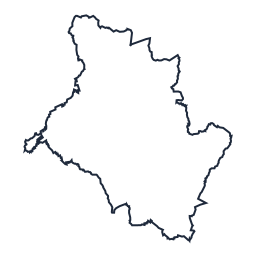 Tala, Jalisco, Mexico (Equal Earth projection)
{"feature_id": "50627088B29347766451470", "entity_name": "Tala", "entity_type": "district", "adm_level": 2, "iso_a3": "MEX", "parent_name": "Mexico", "parent_adm1": "Jalisco", "projection": "equal_earth", "projection_center": [-103.69, 20.61], "detail": "fine", "context": "isolated", "style": "outline", "palette": "slate", "viewbox_px": 256, "rotation_deg": 0, "n_neighbors": 0, "source": "geoboundaries", "source_scale": "gbopen_adm2", "svg_char_len": 5763}
<svg xmlns="http://www.w3.org/2000/svg" viewBox="0 0 256 256"><path d="M190.1,239.6L191.5,237.5L191.5,236.6L192.5,234.2L194.4,231.3L193.8,230.6L190.8,230.3L192.0,226.8L192.8,225.5L192.3,225.3L189.8,218.1L189.7,216.0L191.7,216.2L191.7,215.7L193.7,214.9L195.6,209.6L195.0,207.1L200.3,204.7L206.0,203.0L198.1,198.8L200.4,193.4L201.7,192.0L204.6,186.2L204.9,185.1L204.5,183.3L205.6,182.0L204.6,181.3L205.8,180.0L205.3,178.7L205.5,178.2L206.5,178.0L206.9,177.5L206.9,176.4L208.4,175.3L209.0,172.9L209.7,171.6L209.8,169.6L211.6,168.3L214.5,168.3L215.1,166.6L217.3,165.8L217.7,164.3L218.7,162.7L218.5,162.0L218.9,160.4L220.3,157.9L222.3,157.0L222.8,155.4L223.8,154.1L223.6,151.2L225.6,148.6L227.3,148.3L230.3,144.2L229.9,143.0L230.7,142.4L231.0,140.9L230.5,138.6L231.1,137.9L231.5,136.0L230.4,136.4L230.1,136.0L230.2,134.4L229.7,132.9L223.2,127.9L219.3,127.3L217.8,125.9L217.0,127.2L214.0,125.1L213.6,124.0L212.1,123.1L210.6,123.3L210.3,124.5L208.8,124.2L208.0,126.2L207.4,126.6L207.3,127.7L206.5,129.3L205.0,130.1L205.2,131.0L204.4,130.7L203.7,131.4L201.6,131.7L200.6,131.1L199.0,131.2L198.8,133.0L197.9,133.7L193.6,134.1L192.5,134.8L189.3,133.7L189.1,132.5L187.9,132.0L187.8,130.6L188.2,129.3L187.2,127.1L187.2,126.2L187.7,125.5L188.1,125.9L189.1,125.5L189.3,124.8L188.4,123.6L189.5,123.5L189.1,121.2L188.5,120.6L188.3,118.6L187.4,117.2L186.9,114.6L187.1,112.9L186.0,110.7L186.3,107.7L185.7,106.8L186.2,105.8L185.7,105.9L185.7,105.4L185.1,105.0L184.4,105.7L184.1,105.2L183.4,105.3L183.0,104.1L182.5,104.3L182.0,103.9L181.8,104.4L181.0,103.2L180.2,103.8L180.1,103.4L178.9,103.6L176.9,102.1L176.4,102.5L176.6,100.2L178.2,100.0L181.7,100.5L183.0,99.0L182.9,97.7L181.9,96.0L180.6,92.3L178.3,91.5L173.7,91.6L173.3,89.1L172.0,88.5L171.3,87.2L172.7,86.5L173.2,85.6L174.1,85.6L174.9,84.2L175.4,84.3L177.1,82.3L177.0,80.4L177.6,79.6L177.9,78.3L177.5,76.2L178.2,75.7L178.2,73.9L178.8,72.4L179.2,72.4L179.7,71.4L178.7,70.4L178.6,68.5L177.6,66.1L178.9,64.2L178.8,62.1L179.5,60.9L179.3,59.5L178.5,58.3L179.3,57.7L178.7,57.2L177.7,55.1L169.4,60.5L166.4,59.3L164.1,59.1L161.4,60.4L159.0,60.5L157.5,59.8L155.8,60.6L153.7,59.9L152.6,58.6L151.7,56.5L151.6,55.7L152.0,55.1L151.7,54.6L151.7,52.1L150.2,51.5L149.5,50.1L149.4,48.2L148.4,45.6L149.4,43.4L150.0,38.2L146.1,39.1L131.6,44.3L130.1,45.8L130.7,43.8L132.0,32.8L130.8,30.2L128.0,29.1L128.2,29.6L126.5,29.6L126.1,30.4L123.7,31.5L119.7,31.8L116.2,30.2L113.6,31.6L108.9,27.7L108.3,27.7L108.1,28.2L106.7,27.5L105.4,27.9L102.1,26.3L100.8,26.8L100.4,27.8L98.4,25.5L98.2,22.8L98.6,20.5L96.0,18.8L95.1,17.5L93.2,15.9L89.5,17.7L88.9,17.7L88.8,16.8L86.3,15.4L81.6,16.3L80.9,17.5L77.1,15.9L75.9,15.9L74.6,17.1L72.3,22.9L72.4,26.2L69.8,28.5L69.4,30.8L68.6,32.0L69.1,33.1L70.7,33.4L71.8,35.4L73.3,35.7L73.2,36.6L72.5,37.6L73.3,38.6L73.3,41.7L73.7,39.8L73.8,41.9L74.7,43.7L76.6,44.8L76.4,49.9L77.2,54.9L78.5,56.5L78.0,58.3L78.4,60.4L79.1,60.3L79.7,59.4L82.2,60.4L82.1,61.3L83.3,62.8L84.3,65.0L84.2,68.3L84.5,69.0L84.0,69.1L83.0,71.0L81.8,71.7L80.1,75.4L78.9,75.6L78.5,76.7L77.4,77.6L75.0,78.8L75.3,79.3L76.3,79.2L76.8,81.3L75.5,81.4L75.1,85.5L77.7,85.0L79.5,90.6L78.1,90.6L78.2,92.9L77.0,92.2L77.4,90.3L76.1,90.9L75.7,90.2L74.0,89.5L73.8,91.0L74.2,91.9L73.1,92.3L72.6,95.7L70.7,97.9L67.2,99.5L66.7,102.3L64.6,103.1L64.7,104.6L63.4,104.8L63.5,105.9L62.2,106.5L61.9,104.3L55.3,107.3L55.5,109.5L50.2,111.8L50.4,114.0L49.0,114.6L49.3,116.7L48.0,117.2L47.5,117.9L47.0,119.9L46.6,120.1L46.1,121.8L45.8,123.8L46.3,126.0L46.2,128.8L45.8,129.2L45.5,126.8L44.9,127.2L45.0,128.6L43.5,129.5L43.8,130.8L43.2,131.3L42.8,129.9L40.6,131.3L40.7,132.6L41.1,133.1L40.6,133.5L38.3,134.9L36.6,134.6L36.1,133.2L35.2,133.4L34.5,136.1L32.1,138.2L30.6,138.5L28.5,140.4L26.7,140.5L25.9,140.0L25.1,141.8L25.4,143.0L26.4,143.9L26.5,144.5L25.0,145.5L24.5,146.8L25.3,148.2L24.8,150.5L25.1,150.2L26.5,150.6L27.9,151.9L29.4,151.4L30.0,151.5L30.0,152.0L30.4,151.6L30.9,152.0L31.0,151.4L31.7,151.4L31.6,150.9L32.4,151.0L32.5,149.1L33.7,147.6L34.2,148.7L35.1,148.1L34.5,147.1L36.6,145.7L36.2,145.0L36.7,144.5L36.5,144.0L37.4,143.5L37.1,141.7L37.4,141.4L37.3,139.7L41.1,136.5L41.5,135.3L42.8,137.5L38.8,140.4L39.0,141.2L37.4,143.4L38.4,143.8L38.8,143.1L40.8,142.2L42.5,142.8L46.1,140.5L46.2,142.7L46.9,142.6L46.8,144.2L48.0,144.2L48.1,145.7L48.7,145.7L48.7,147.2L52.1,150.4L53.4,153.1L55.2,152.0L55.9,153.4L56.5,153.0L56.8,154.2L57.7,153.8L58.4,156.1L60.1,155.4L60.7,157.8L61.6,157.5L62.1,160.3L61.5,160.5L64.8,163.7L65.6,163.7L65.6,164.2L66.6,164.5L66.1,162.3L68.9,161.9L68.7,162.8L69.9,162.4L71.6,160.2L71.9,162.0L72.8,162.8L74.5,163.7L75.6,163.6L76.8,164.6L77.6,164.0L78.3,164.3L78.7,165.2L78.4,166.2L79.3,166.9L79.8,168.9L80.2,169.3L82.3,169.5L83.0,170.3L83.6,169.8L85.0,171.8L88.1,171.4L89.3,172.2L90.2,172.1L91.0,173.0L91.0,173.7L92.4,174.7L96.5,174.7L97.0,175.1L98.7,177.6L100.2,178.8L100.7,183.3L102.3,185.0L103.2,186.7L103.2,187.4L105.3,191.0L105.7,193.2L108.0,195.8L108.1,197.1L107.7,198.2L108.7,200.0L108.9,202.2L111.0,204.7L112.3,207.3L111.8,212.1L112.1,212.7L114.1,212.7L114.3,210.2L116.1,208.2L119.6,206.2L124.9,204.2L125.5,204.0L126.1,204.8L126.6,204.8L126.7,204.3L127.7,206.1L129.1,206.2L129.0,207.5L129.6,207.9L129.7,209.2L129.1,210.2L129.1,213.0L130.2,217.3L130.3,220.0L129.6,220.5L130.0,221.2L129.6,222.8L131.0,223.8L132.1,225.3L140.9,225.2L142.0,224.4L144.3,224.9L144.3,223.9L144.9,224.2L145.2,223.1L146.6,223.5L146.8,222.4L147.6,222.6L148.1,220.8L150.2,222.4L150.7,220.0L151.9,221.0L151.7,222.0L157.0,226.1L158.6,227.9L162.9,229.8L162.4,230.6L162.2,232.1L163.1,235.3L164.4,234.2L165.1,235.2L167.3,236.9L167.5,238.1L168.0,237.6L169.6,239.3L171.4,238.9L173.4,239.3L173.6,238.3L174.4,238.4L174.5,237.3L177.6,237.0L178.0,235.3L182.0,236.6L183.9,236.2L188.3,240.1L188.9,239.7L189.5,240.6L189.7,238.9L190.1,239.6Z" fill="none" stroke="#1e293b" stroke-width="2"/></svg>